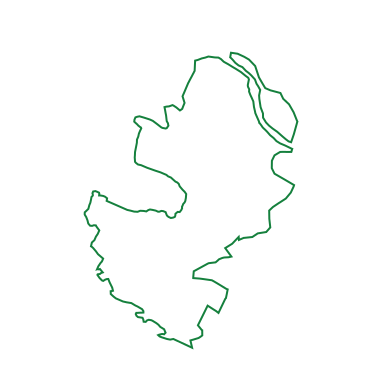 Markz Dir Mawas, Al Minya, Egypt (Albers equal-area conic projection), rotated 295°
{"feature_id": "37247803B40134172984025", "entity_name": "Markz Dir Mawas", "entity_type": "district", "adm_level": 2, "iso_a3": "EGY", "parent_name": "Egypt", "parent_adm1": "Al Minya", "projection": "albers", "projection_center": [30.79, 27.655], "detail": "fine", "context": "isolated", "style": "outline", "palette": "green", "viewbox_px": 384, "rotation_deg": 295, "n_neighbors": 0, "source": "geoboundaries", "source_scale": "gbopen_adm2", "svg_char_len": 5375}
<svg xmlns="http://www.w3.org/2000/svg" viewBox="0 0 384 384"><g transform="rotate(295 192 192)"><path d="M273.4,264.6L273.4,263.1L273.5,256.9L273.3,251.3L273.7,248.2L273.8,247.1L275.4,243.2L276.5,238.8L277.8,235.9L278.4,234.5L279.3,232.1L279.9,230.2L280.3,229.1L280.4,228.8L281.9,226.3L283.2,223.8L283.2,223.7L283.3,223.7L284.4,222.7L287.2,219.5L290.2,216.1L291.6,215.1L295.3,212.2L300.0,209.3L302.7,206.2L304.6,203.9L307.1,201.3L309.2,200.5L311.1,198.2L312.4,197.4L314.8,196.8L318.1,196.0L319.3,194.7L319.9,191.6L321.4,185.6L322.2,179.1L322.4,176.8L323.1,170.8L323.4,166.5L323.5,165.6L324.7,162.1L325.0,159.2L323.6,155.8L322.5,152.2L321.7,149.6L319.4,147.2L317.2,144.4L314.0,141.3L312.8,139.8L312.4,139.3L306.3,141.8L302.9,143.2L301.6,143.1L300.3,143.1L299.4,143.0L299.0,143.0L296.5,142.9L293.2,142.7L290.7,142.6L290.0,142.6L289.3,142.5L277.9,142.9L277.3,142.9L274.7,143.0L274.4,143.3L269.6,147.6L265.8,147.8L263.2,148.0L261.4,147.0L260.8,146.6L262.0,142.1L262.5,138.8L262.5,137.6L260.9,136.0L260.6,135.7L259.9,135.0L258.5,132.6L257.3,131.2L255.0,132.9L252.4,134.7L250.5,136.1L246.1,138.8L245.5,139.2L244.1,141.2L242.6,142.2L242.1,142.6L240.4,142.3L239.7,142.2L239.2,142.1L238.4,141.3L237.6,138.1L237.6,136.9L238.8,131.7L239.9,126.5L239.9,123.3L239.1,116.9L238.4,112.4L237.0,110.5L235.7,109.2L233.2,109.3L231.5,109.9L231.4,109.9L231.3,110.0L230.7,111.9L230.1,113.9L229.5,115.2L228.9,117.8L228.9,118.4L228.3,119.1L227.0,119.1L225.1,119.1L222.5,119.2L219.4,119.9L216.2,120.0L213.4,121.2L213.0,121.3L209.8,122.1L204.1,123.5L201.0,124.8L199.1,125.5L198.4,125.9L196.6,126.9L195.3,127.6L194.7,128.9L194.1,131.4L194.8,134.6L194.9,137.9L195.0,141.1L195.4,145.2L195.8,149.4L196.5,155.2L196.6,158.9L196.7,161.6L196.1,163.6L196.1,164.2L196.2,166.8L195.6,168.7L194.4,172.6L194.4,174.6L193.8,176.5L191.9,178.5L191.3,179.8L190.1,182.4L189.2,184.9L188.9,185.6L187.7,187.6L185.8,188.3L183.9,189.0L181.8,189.5L181.3,189.7L179.4,189.7L177.5,189.1L176.0,189.2L174.3,189.2L173.1,189.9L171.1,189.9L168.6,189.3L167.9,187.4L165.3,186.2L163.4,186.9L162.1,186.9L160.8,185.7L159.5,183.8L159.5,181.2L159.9,179.8L160.1,179.2L161.3,177.9L162.6,176.6L162.5,174.0L162.0,172.5L161.8,172.1L160.5,170.9L159.8,169.6L159.8,167.0L159.1,163.8L158.4,161.3L157.1,160.0L155.1,158.8L154.4,156.2L153.1,153.0L151.1,151.1L149.8,147.9L149.1,144.1L148.4,140.9L148.1,127.9L148.0,123.5L147.9,120.3L147.9,118.4L150.4,117.7L151.0,115.1L150.9,113.2L150.2,110.6L149.6,109.3L151.5,108.6L152.1,108.0L152.1,107.2L152.1,106.1L152.0,104.1L150.7,102.2L148.8,102.3L148.2,102.9L146.9,103.6L146.1,103.4L145.0,103.0L142.4,103.7L139.3,104.4L136.7,104.5L132.9,105.2L129.7,104.0L128.3,103.4L126.5,104.1L125.9,104.7L124.6,106.7L122.1,109.3L119.6,111.3L118.4,113.9L119.1,115.8L120.4,117.1L121.1,119.0L120.5,119.7L119.8,120.9L118.0,124.2L114.2,124.3L111.0,123.8L110.4,123.8L107.1,123.9L103.9,122.6L100.1,123.4L100.1,124.0L99.5,126.0L98.3,128.6L97.7,129.9L95.9,133.1L94.1,139.6L92.1,139.7L90.9,139.7L89.0,139.1L85.1,138.5L81.9,138.6L82.0,138.7L82.6,140.5L83.3,141.1L81.4,145.1L80.1,143.8L78.8,143.2L77.5,141.3L76.9,141.3L76.2,142.5L75.0,144.6L73.8,147.8L73.9,149.1L75.8,150.3L77.1,151.6L77.8,152.9L75.3,155.5L71.6,160.1L69.1,162.1L68.4,161.2L67.7,160.2L66.2,161.0L65.2,161.5L64.2,164.7L64.0,165.4L63.4,168.0L63.5,171.2L63.6,175.7L64.3,178.9L64.3,179.0L65.0,181.5L65.7,184.0L65.2,188.6L65.2,191.1L64.7,196.3L63.5,198.3L62.2,198.9L61.7,198.0L60.9,196.4L59.5,193.8L58.9,192.6L57.6,192.6L57.1,193.2L56.4,193.9L55.8,195.9L57.1,200.3L56.5,201.0L55.9,201.7L54.0,203.0L54.7,204.9L56.6,205.5L57.9,206.8L58.6,209.3L58.6,210.6L58.1,215.1L57.5,217.7L56.3,220.3L56.2,221.5L55.8,224.8L55.1,225.5L53.3,227.5L51.9,227.0L51.3,226.9L50.7,224.9L48.7,222.4L48.0,221.8L47.4,223.7L47.5,225.7L48.2,231.4L49.0,234.6L50.9,237.2L50.9,257.4L50.9,257.9L56.8,253.3L58.9,255.7L62.4,259.6L63.4,260.3L65.5,261.5L66.4,261.9L71.0,259.7L71.0,259.2L73.7,253.7L86.1,254.0L95.6,254.2L94.6,261.5L94.3,264.0L93.6,267.1L109.4,267.3L110.1,267.6L113.6,266.8L118.8,265.5L118.7,264.0L119.9,253.3L120.3,249.1L120.3,248.7L120.4,247.3L117.9,239.1L116.8,235.6L114.5,229.5L114.9,229.3L120.9,227.1L133.8,236.6L134.5,237.2L134.9,237.8L138.2,243.1L140.6,244.2L142.4,244.9L145.0,247.3L146.2,248.8L146.7,249.7L148.3,252.7L148.6,253.1L150.1,255.0L155.2,245.8L162.1,250.3L163.0,250.6L171.0,253.3L168.4,254.8L172.3,258.3L172.5,258.7L176.7,265.7L182.3,269.1L187.1,276.2L193.0,277.9L199.9,273.7L200.4,273.4L207.8,269.8L212.6,271.7L218.9,275.5L219.3,275.8L225.7,279.8L233.2,281.8L238.4,281.8L239.9,281.8L241.4,281.6L242.4,271.1L243.0,264.3L243.4,259.6L243.5,259.0L247.1,254.5L247.4,254.2L254.1,251.2L260.1,251.3L264.0,253.9L265.6,255.0L267.4,258.7L268.0,260.1L269.2,262.7L270.3,265.1L270.5,265.1L272.0,264.8L272.3,264.8L273.3,264.6L273.4,264.6ZM299.8,257.8L300.3,257.8L300.9,257.1L307.2,250.4L312.5,242.9L315.0,235.3L319.1,230.3L317.3,220.2L317.1,214.5L320.0,210.2L324.2,204.2L332.9,196.0L336.1,187.7L336.6,182.2L336.6,174.9L334.7,168.5L330.2,169.7L329.9,170.7L329.0,173.1L327.4,176.6L326.4,180.7L326.5,184.9L324.6,189.6L323.8,193.3L322.7,196.6L320.6,201.5L317.4,204.7L315.8,207.3L313.3,210.7L313.2,210.7L307.9,212.0L304.8,213.7L301.5,215.9L297.9,218.3L295.9,220.3L293.2,223.1L289.4,225.0L287.3,228.2L286.3,229.7L284.7,233.8L283.6,238.2L282.6,243.7L281.7,246.8L280.6,250.5L279.4,254.9L278.7,258.1L279.0,260.8L287.3,259.9L297.6,258.2L299.8,257.8Z" fill="none" stroke="#15803d" stroke-width="2"/></g></svg>